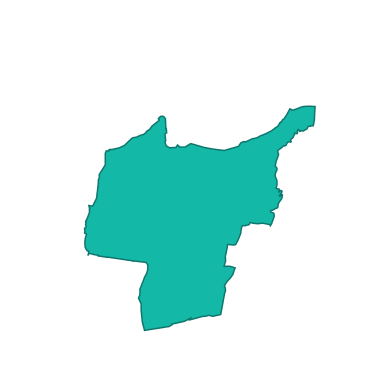 Steenwijkerland, Overijssel, Netherlands, rotated 125°
{"feature_id": "6326949B44808907248526", "entity_name": "Steenwijkerland", "entity_type": "district", "adm_level": 2, "iso_a3": "NLD", "parent_name": "Netherlands", "parent_adm1": "Overijssel", "projection": "robinson", "projection_center": [6.02, 52.748], "detail": "fine", "context": "isolated", "style": "filled", "palette": "teal", "viewbox_px": 384, "rotation_deg": 125, "n_neighbors": 0, "source": "geoboundaries", "source_scale": "gbopen_adm2", "svg_char_len": 5895}
<svg xmlns="http://www.w3.org/2000/svg" viewBox="0 0 384 384"><g transform="rotate(125 192 192)"><path d="M68.4,130.7L66.6,131.3L61.7,133.7L60.4,134.6L57.9,136.2L51.4,140.2L54.2,144.8L57.2,148.7L58.8,150.5L66.4,155.7L67.6,156.9L67.4,157.5L67.7,159.5L74.2,158.7L79.8,158.6L80.5,159.2L83.5,159.1L84.2,159.4L84.2,159.6L84.5,159.6L84.8,159.7L89.1,159.4L91.0,160.3L96.4,162.0L102.3,165.2L107.0,168.3L109.8,169.6L111.9,171.2L113.6,173.0L120.0,176.7L121.2,178.7L123.9,180.2L128.0,180.1L139.5,189.4L144.7,199.2L148.5,207.5L152.8,220.1L153.3,220.9L159.3,223.6L162.1,227.7L161.8,230.8L164.7,230.7L168.7,235.8L168.9,239.8L166.8,242.6L165.0,243.0L160.3,247.1L159.5,247.4L158.1,246.7L156.3,248.1L154.8,249.4L155.2,249.7L147.3,255.7L146.5,257.8L146.7,259.5L148.2,261.2L151.3,261.6L151.6,260.2L152.6,260.1L155.5,261.0L161.2,262.6L164.1,262.5L166.7,263.2L167.5,263.7L168.8,264.0L170.1,263.6L170.9,264.2L172.8,264.8L175.4,266.9L176.9,267.8L178.9,268.9L179.4,269.4L181.1,271.2L182.0,271.9L182.8,272.1L192.7,274.1L197.8,277.1L201.1,280.2L203.4,282.1L203.9,283.4L205.0,284.2L205.6,283.6L205.9,283.9L206.1,283.9L206.9,284.8L207.6,285.8L210.1,285.2L219.5,278.6L231.0,278.0L233.3,276.2L234.5,276.0L235.6,275.7L237.4,274.6L237.6,274.4L238.8,273.7L240.6,272.6L241.8,272.0L243.8,270.9L244.4,270.6L246.2,269.6L247.7,268.9L250.4,267.3L252.3,266.5L260.5,265.3L262.2,268.7L263.0,268.0L262.9,267.9L263.9,266.3L264.2,266.6L265.5,265.8L266.6,264.9L267.4,264.4L268.3,264.1L269.3,263.8L273.0,262.9L274.6,262.5L275.8,262.4L275.8,262.2L276.6,262.3L277.3,262.1L277.8,261.8L278.0,261.3L278.2,261.0L279.4,260.6L279.7,260.4L280.0,260.2L280.4,259.6L280.8,259.2L281.3,258.9L281.5,258.8L283.2,259.1L283.7,259.0L284.0,258.9L284.2,258.6L285.0,257.6L285.4,257.3L286.7,256.8L287.1,256.6L287.2,256.4L287.3,255.9L287.2,255.6L286.8,254.7L287.0,254.3L288.0,253.9L289.3,253.5L291.0,252.9L293.9,251.4L296.9,249.2L297.4,248.6L298.1,248.2L298.4,248.0L298.6,247.6L299.4,246.3L299.7,245.4L300.2,244.5L300.1,243.6L299.9,242.8L300.0,242.6L300.3,242.3L301.1,241.9L302.4,241.3L303.1,241.0L303.0,240.8L301.4,241.2L300.5,239.4L299.5,236.3L298.9,235.2L298.7,235.0L298.5,234.8L298.5,234.6L298.5,234.3L297.8,232.9L298.2,232.7L297.7,231.6L297.9,231.6L295.8,227.4L294.2,224.1L293.9,224.2L293.2,222.7L291.9,220.0L291.1,218.5L290.6,217.5L290.1,216.5L282.2,200.7L282.4,200.6L282.2,200.4L281.7,199.5L281.6,199.4L281.1,198.8L279.9,196.4L276.3,189.9L276.1,189.3L276.5,187.9L277.2,186.3L279.0,185.0L280.4,184.1L280.7,183.9L284.7,182.4L286.5,182.3L287.1,182.1L288.4,182.1L289.0,182.0L292.2,181.1L295.6,180.3L297.2,179.9L297.5,179.8L297.8,179.7L298.9,179.5L301.5,178.9L301.9,178.7L302.8,178.0L303.5,177.4L304.1,177.0L306.5,175.6L309.6,175.0L312.8,169.5L317.7,166.1L327.1,158.0L332.6,151.5L316.7,135.1L315.6,133.8L312.3,132.2L311.9,132.4L311.8,132.7L302.1,123.9L296.2,120.9L298.1,120.6L292.5,115.8L291.7,115.2L287.7,111.8L287.6,111.7L287.3,111.2L286.6,110.4L285.8,109.5L283.2,107.3L282.0,103.8L275.9,98.2L256.9,106.9L256.2,107.2L253.5,108.0L251.7,109.6L251.0,110.4L251.0,110.9L250.5,111.3L250.0,111.5L249.1,111.8L245.3,111.9L244.1,111.8L240.2,111.2L235.6,111.3L231.9,112.6L229.4,113.1L229.9,114.8L230.2,115.6L230.6,116.7L231.1,118.2L231.1,118.3L231.2,118.5L231.6,119.2L234.5,123.0L231.2,124.3L229.7,124.7L227.7,126.0L227.5,126.3L225.5,127.9L224.0,128.5L223.2,128.7L222.0,129.2L220.1,130.1L217.1,131.4L214.6,132.8L211.5,127.4L211.0,126.9L210.0,126.1L205.0,126.7L198.2,128.3L197.4,128.6L196.8,129.1L192.4,131.1L191.8,131.3L191.0,131.3L190.7,131.4L190.6,131.2L189.1,129.1L188.3,128.5L187.3,127.8L187.2,127.6L186.8,127.1L186.5,126.9L186.1,126.7L185.4,126.5L183.7,126.9L182.2,123.3L180.5,120.5L180.4,120.3L180.5,120.2L178.9,118.4L177.5,116.8L177.2,116.4L176.9,115.8L176.8,115.7L176.6,115.3L175.3,112.5L174.4,110.2L174.4,109.9L174.0,109.0L174.5,108.5L172.3,108.6L168.1,109.8L166.1,110.3L165.3,110.5L164.5,110.9L163.9,111.4L163.1,112.1L162.7,112.6L162.5,113.0L162.5,113.3L162.5,113.6L163.1,115.1L163.2,115.6L163.1,116.0L162.9,116.5L162.4,116.7L162.1,116.7L161.7,116.6L160.9,115.7L160.6,115.5L158.0,114.3L157.4,113.9L156.4,113.2L155.7,113.0L155.2,113.0L154.9,113.1L153.6,113.9L152.8,114.3L152.0,114.5L150.9,114.7L150.0,114.8L148.2,114.7L146.5,114.7L145.8,114.8L144.8,115.1L143.7,115.7L142.7,116.1L142.5,116.3L142.4,116.5L142.6,116.9L142.8,117.0L143.0,117.1L144.3,117.1L144.6,117.2L145.1,117.6L145.1,117.8L144.9,118.2L144.6,118.4L144.1,118.4L142.5,118.1L141.6,118.2L140.3,118.4L140.0,118.6L139.7,118.8L139.6,119.2L139.6,119.5L139.9,119.9L140.6,120.3L141.9,120.7L142.1,120.8L142.2,121.0L142.0,121.3L140.4,121.3L140.0,121.5L139.8,121.8L139.7,122.0L139.7,122.3L139.8,122.7L140.8,124.8L140.8,125.1L140.6,125.3L140.1,125.5L138.9,125.9L137.3,126.6L136.2,127.3L134.3,128.8L133.8,129.2L133.3,129.8L133.0,130.3L132.5,131.2L131.8,132.3L130.8,133.3L130.4,133.6L129.4,134.1L128.1,134.6L127.1,134.8L125.5,135.0L124.7,135.3L124.4,135.6L124.1,135.8L123.8,136.2L123.4,136.9L123.3,137.6L123.0,138.5L122.7,138.9L122.4,139.1L120.6,139.7L119.4,140.4L118.9,140.6L116.0,141.3L115.1,141.6L113.1,142.1L111.9,142.5L111.4,142.8L111.1,143.1L110.1,144.6L109.9,144.8L109.4,145.2L108.9,145.3L108.3,145.3L107.5,145.2L105.0,144.2L103.2,143.8L102.3,143.6L101.6,143.2L100.8,142.4L100.5,142.1L100.1,141.9L99.7,141.8L97.5,142.2L96.0,142.0L95.6,141.8L95.4,141.5L94.9,140.4L94.5,139.8L94.2,139.6L93.8,139.7L93.1,140.9L92.9,141.1L92.6,141.1L92.0,141.1L90.2,140.6L89.5,140.5L88.7,140.6L86.7,141.1L85.3,141.2L85.0,141.3L84.9,141.5L83.9,139.3L83.6,139.3L82.8,139.7L82.7,139.8L82.0,140.4L81.6,140.7L80.6,140.9L80.0,140.9L79.8,140.8L79.6,140.6L79.6,140.4L79.9,139.9L80.5,139.0L80.6,138.9L80.6,138.7L80.2,138.2L79.0,137.3L78.8,137.1L78.7,136.7L78.3,136.0L78.0,135.7L77.6,135.5L76.2,135.0L75.1,134.3L74.6,134.1L74.1,134.1L73.0,134.3L72.0,134.4L71.5,134.3L71.2,134.1L70.9,133.7L70.4,132.8L70.1,132.6L69.0,132.0L68.7,131.8L68.5,131.5L68.5,131.3L68.5,131.0L68.4,130.7Z" fill="#14b8a6" stroke="#0f766e" stroke-width="1.5"/></g></svg>